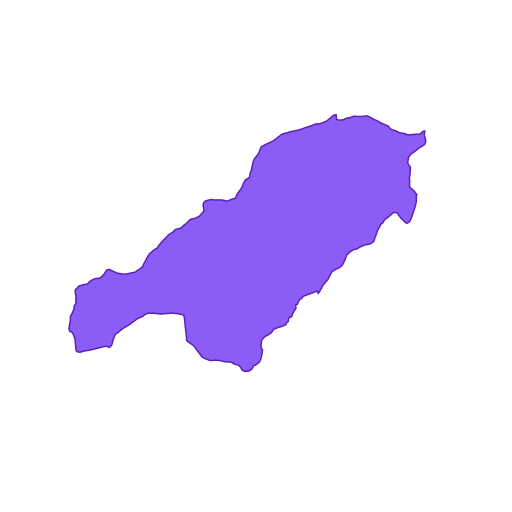 Yalang, Tashi Yangtse, Bhutan, rotated 160°
{"feature_id": "84629894B30555243283294", "entity_name": "Yalang", "entity_type": "district", "adm_level": 2, "iso_a3": "BTN", "parent_name": "Bhutan", "parent_adm1": "Tashi Yangtse", "projection": "orthographic", "projection_center": [91.668, 27.462], "detail": "fine", "context": "isolated", "style": "filled", "palette": "violet", "viewbox_px": 512, "rotation_deg": 160, "n_neighbors": 0, "source": "geoboundaries", "source_scale": "gbopen_adm2", "svg_char_len": 4590}
<svg xmlns="http://www.w3.org/2000/svg" viewBox="0 0 512 512"><g transform="rotate(160 256 256)"><path d="M158.4,359.5L160.2,359.5L162.1,359.6L164.6,359.7L170.0,359.7L173.8,359.9L175.9,360.3L181.8,361.1L184.9,361.1L187.1,361.5L190.4,361.4L193.9,360.4L197.6,359.1L200.1,358.4L202.2,358.1L205.1,357.8L208.0,357.6L209.9,357.3L211.7,357.1L213.7,356.8L215.4,355.1L217.6,352.4L219.2,351.0L221.5,349.5L224.0,348.0L225.3,346.8L226.5,345.5L228.2,342.8L229.6,340.5L230.7,338.7L231.3,337.7L232.4,336.8L233.0,336.2L234.5,333.3L235.0,332.3L236.4,331.8L237.9,331.4L239.3,331.4L240.3,330.9L242.9,328.6L245.3,325.8L247.1,324.2L248.3,323.5L251.1,321.6L252.5,320.7L254.6,318.4L255.8,317.2L257.3,317.6L260.7,317.6L264.2,317.4L267.5,319.4L269.0,320.4L270.7,321.0L273.0,321.9L274.8,322.4L277.4,323.6L278.3,324.3L282.1,324.8L283.9,325.0L285.5,324.8L287.4,323.5L288.4,321.7L288.9,318.2L289.5,316.1L296.0,312.6L298.8,312.5L300.5,312.2L303.6,312.9L306.3,312.5L309.7,310.6L313.8,309.4L316.5,308.1L319.0,308.0L321.7,308.5L323.4,308.2L325.8,306.9L328.7,306.3L331.2,305.7L333.9,304.3L337.7,302.5L343.8,299.2L345.6,297.4L347.2,297.1L349.8,296.6L352.9,295.4L355.3,294.5L357.6,292.8L361.3,289.5L364.6,286.6L366.3,284.8L369.3,283.6L372.7,282.9L375.0,282.1L377.5,282.6L382.1,283.1L384.8,283.5L389.1,285.5L392.7,287.7L396.3,291.3L398.5,293.6L401.1,293.9L404.8,291.0L406.4,290.2L408.6,289.1L411.0,288.7L414.4,289.7L418.2,289.5L421.6,288.7L424.1,287.3L427.7,288.1L431.0,288.2L433.1,288.3L434.9,287.0L437.0,286.2L437.9,285.0L438.5,282.6L438.7,280.5L440.2,276.6L441.4,273.2L442.3,272.5L444.0,271.1L445.1,268.6L448.1,265.2L450.9,263.0L452.8,258.4L454.9,254.7L456.6,252.0L456.8,249.5L456.7,248.7L455.7,248.2L455.3,247.5L454.8,246.7L454.5,245.0L454.5,243.7L454.4,241.3L454.8,238.5L455.6,235.7L456.5,232.3L457.1,229.9L457.3,228.3L456.8,227.3L455.4,226.3L454.3,225.8L453.1,225.6L450.0,225.5L448.2,225.1L445.1,224.5L440.4,224.0L436.0,223.5L433.1,223.2L429.6,222.9L427.0,222.1L426.4,221.4L425.2,220.5L424.2,220.5L423.3,220.9L422.5,221.4L421.7,222.1L420.7,223.4L420.0,224.7L418.1,227.0L416.7,228.7L415.7,229.6L414.8,230.5L413.9,230.9L412.5,231.0L410.1,232.0L406.1,233.4L399.8,234.5L395.2,235.8L388.4,237.8L383.0,238.0L380.4,239.1L376.1,239.0L374.4,238.1L371.3,237.0L365.2,234.0L355.2,231.3L349.8,228.9L344.0,225.2L344.7,221.3L346.2,215.5L349.0,203.9L349.6,201.7L350.1,200.1L345.2,192.9L341.4,179.9L339.8,177.8L335.1,173.6L328.5,171.5L325.3,169.9L321.9,167.5L315.5,164.7L313.7,162.1L309.8,159.5L308.5,156.5L308.0,153.5L306.2,151.5L302.1,150.3L298.7,151.1L295.7,153.7L293.7,153.6L289.2,155.1L286.8,157.5L284.0,161.7L282.0,165.5L282.6,168.0L281.5,171.2L279.4,174.9L277.2,176.3L274.7,177.4L272.5,177.5L267.7,178.7L264.6,181.1L261.5,181.2L259.2,181.2L255.6,181.0L253.4,181.1L251.5,181.3L249.9,182.9L248.0,183.4L247.5,184.7L246.0,186.9L243.2,186.8L241.2,189.4L236.3,193.3L235.5,196.4L233.6,196.5L230.0,200.3L227.8,200.4L225.5,202.0L210.6,202.1L210.2,199.6L209.4,200.2L207.8,201.3L206.3,203.0L205.2,203.3L204.7,204.3L201.7,206.5L196.6,209.3L190.0,215.3L185.5,216.3L181.4,216.5L179.6,217.2L177.4,218.4L174.5,221.1L170.2,226.1L165.7,227.8L162.8,228.6L158.6,228.2L155.0,228.9L152.1,229.1L149.1,229.1L146.9,228.5L143.6,228.4L140.5,229.4L139.4,230.4L138.0,232.7L137.1,233.4L132.6,239.0L131.4,239.8L127.7,243.2L126.2,243.5L125.1,244.1L122.9,246.0L121.1,246.8L119.6,246.9L112.6,249.6L111.5,249.6L108.8,248.6L108.5,247.6L106.9,242.1L103.9,235.9L102.8,235.1L100.0,235.7L99.1,236.5L98.4,237.1L96.5,239.3L93.2,243.3L90.2,247.1L86.7,252.3L85.0,256.8L84.7,257.9L83.8,258.5L84.6,260.9L84.8,262.0L88.1,268.6L86.1,273.5L85.5,275.7L85.5,276.5L84.9,277.4L84.0,278.8L83.5,279.6L82.7,281.7L82.3,282.4L81.8,283.6L81.2,285.0L80.7,286.3L80.7,287.7L81.3,288.7L81.5,290.8L81.7,291.6L81.2,292.4L78.8,296.7L75.8,298.7L74.0,299.3L72.7,299.5L69.3,300.5L66.4,301.6L63.9,302.2L61.2,302.6L59.7,303.1L59.0,303.7L57.5,305.2L56.9,307.1L56.6,311.6L56.2,312.7L54.7,315.7L55.7,315.9L56.8,315.9L60.1,314.5L68.2,316.9L71.0,317.5L72.9,318.6L74.4,320.2L75.2,320.7L77.2,321.7L78.7,322.5L80.1,323.9L81.0,324.8L81.6,325.7L82.6,326.5L84.7,327.7L86.1,329.5L86.4,330.2L86.9,331.7L87.3,332.9L89.1,334.4L90.2,335.7L92.9,338.1L93.6,338.7L94.1,339.3L94.5,340.2L99.0,344.6L101.0,347.2L104.0,349.8L105.6,350.2L108.7,350.9L110.7,351.6L113.4,352.6L115.3,353.6L116.3,353.9L118.3,353.9L119.5,353.7L121.8,354.3L123.8,354.5L126.0,354.4L127.2,354.1L129.2,354.6L130.8,355.0L131.8,355.4L133.6,357.0L132.9,359.3L132.4,361.4L134.5,361.7L136.5,361.3L138.3,360.4L142.4,359.0L144.0,358.6L147.2,358.5L151.3,358.4L154.0,359.6L155.6,359.6L158.4,359.5Z" fill="#8b5cf6" stroke="#5b21b6" stroke-width="1.5"/></g></svg>